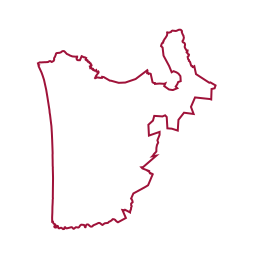 the district of San Marcos, Guerrero, Mexico, rotated 77°
{"feature_id": "50627088B28272611145429", "entity_name": "San Marcos", "entity_type": "district", "adm_level": 2, "iso_a3": "MEX", "parent_name": "Mexico", "parent_adm1": "Guerrero", "projection": "mercator", "projection_center": [-99.468, 16.852], "detail": "fine", "context": "isolated", "style": "outline", "palette": "rose", "viewbox_px": 256, "rotation_deg": 77, "n_neighbors": 0, "source": "geoboundaries", "source_scale": "gbopen_adm2", "svg_char_len": 5591}
<svg xmlns="http://www.w3.org/2000/svg" viewBox="0 0 256 256"><g transform="rotate(77 128 128)"><path d="M65.8,52.5L65.7,53.3L65.4,53.6L63.2,54.3L62.4,54.5L61.6,54.5L59.8,53.7L59.0,53.6L58.2,53.8L57.9,53.9L57.6,54.1L57.0,55.0L56.3,55.4L56.0,55.4L55.5,55.3L54.5,54.2L52.7,53.3L52.2,53.2L51.4,53.3L50.4,53.2L49.5,53.6L46.9,54.0L46.4,54.0L46.1,53.7L45.4,53.7L44.6,54.2L44.2,54.5L44.0,55.0L43.7,56.1L43.8,57.0L44.2,58.7L44.2,59.7L43.1,62.8L43.3,63.7L44.1,64.5L44.3,66.3L44.1,67.4L43.7,67.9L43.7,68.4L44.8,68.5L45.4,68.7L46.7,69.3L47.8,70.4L49.1,71.7L49.3,72.1L50.4,73.1L51.0,73.8L51.3,73.9L51.6,73.9L51.8,74.3L52.1,74.5L52.8,74.6L53.0,75.7L53.2,75.9L54.3,76.7L54.7,76.8L55.2,77.2L55.6,77.4L57.4,76.2L65.5,77.1L76.8,74.0L83.5,72.9L82.9,70.8L84.7,68.2L86.4,66.6L89.2,65.3L90.7,65.5L94.2,66.1L94.5,68.8L96.4,70.1L98.4,72.2L100.3,71.0L101.1,75.6L101.0,76.1L99.7,79.4L95.3,83.3L92.9,81.6L93.1,82.8L91.8,87.2L91.1,91.8L90.2,91.7L90.0,92.7L89.0,93.8L80.4,93.7L79.8,94.5L79.7,94.9L80.0,95.8L79.7,96.0L79.3,95.8L78.9,96.0L79.0,96.7L78.9,97.0L77.4,96.6L76.9,96.2L76.3,96.1L76.0,96.2L76.2,96.6L76.4,97.0L82.0,109.6L83.1,120.4L81.9,126.9L78.0,134.1L77.8,135.0L73.0,140.1L72.3,141.7L73.3,142.1L73.0,143.5L71.4,147.6L72.1,148.1L72.1,148.4L72.1,148.8L71.9,148.9L71.5,148.4L70.3,147.7L68.4,145.5L67.8,144.6L67.3,144.2L67.1,144.2L66.9,144.1L66.4,144.1L66.2,144.2L66.3,144.4L66.7,144.4L66.7,144.7L66.6,144.8L66.3,144.8L66.2,145.5L66.1,145.9L65.9,146.1L65.4,146.0L65.1,146.4L64.9,146.0L64.5,146.0L64.7,146.5L64.6,147.7L64.1,147.9L63.8,148.4L63.8,148.8L63.7,148.9L63.4,148.9L63.2,149.0L62.9,148.6L62.6,148.7L62.6,148.8L62.8,149.0L62.7,149.5L62.0,150.1L61.8,150.1L61.4,150.0L61.1,150.1L61.0,150.3L61.2,150.7L61.2,151.3L60.9,151.3L60.7,151.1L59.4,151.3L59.3,150.8L59.1,150.5L59.2,150.0L59.1,149.7L58.7,149.4L58.5,149.6L58.5,149.8L58.4,149.9L57.8,149.8L57.3,149.9L56.8,149.8L56.6,149.9L56.4,150.1L56.4,150.4L56.3,150.7L56.1,150.8L55.8,150.8L55.5,151.1L55.3,151.2L55.2,151.2L54.9,151.0L54.3,151.5L54.3,152.2L53.7,152.3L53.2,152.8L53.0,152.3L52.8,152.3L52.3,152.9L52.2,153.5L51.9,153.9L51.6,153.9L51.5,153.7L51.7,153.4L51.1,153.5L50.4,153.0L49.3,154.3L49.2,155.1L48.8,155.7L48.1,156.2L47.6,157.0L51.1,159.6L50.6,161.7L50.2,162.2L49.4,162.5L48.7,162.5L47.8,161.7L47.0,161.5L46.6,163.4L45.8,165.9L45.6,166.3L44.2,168.4L43.3,169.3L42.5,170.4L42.0,171.0L39.7,172.3L39.1,172.7L38.7,173.1L38.5,173.7L38.4,174.5L38.6,175.3L39.0,176.0L39.2,176.5L39.3,177.7L39.3,178.1L39.1,179.2L39.1,179.5L39.0,180.1L39.0,180.9L39.4,181.4L39.8,181.7L40.0,181.7L40.5,182.0L41.8,182.9L42.3,183.2L42.8,183.9L43.3,184.2L44.0,184.5L44.9,184.6L45.9,185.4L46.5,187.4L46.4,187.7L45.7,188.2L45.4,188.6L45.2,189.3L45.3,189.9L45.7,191.0L45.6,192.1L44.9,195.7L44.6,197.7L44.2,199.2L44.7,201.2L45.9,201.1L46.2,201.0L46.6,200.6L46.9,201.1L47.2,201.2L48.2,201.1L54.4,199.8L57.6,199.4L62.1,199.0L72.3,199.1L80.3,199.6L92.7,200.5L95.6,200.9L97.7,201.0L105.1,201.8L109.0,202.2L115.6,203.3L122.7,204.6L135.6,207.1L137.3,207.6L142.6,208.7L148.0,209.9L149.6,210.1L150.2,210.3L159.9,212.3L178.8,216.9L179.4,216.9L180.7,217.4L183.8,218.2L187.6,219.3L193.6,220.8L197.9,222.0L202.0,222.9L201.9,222.5L202.2,222.2L203.9,222.2L204.5,221.9L205.4,220.8L205.9,220.5L206.5,220.6L206.9,221.5L207.2,221.9L207.5,222.0L208.1,221.9L208.4,221.6L208.7,221.0L208.8,220.6L208.5,220.2L207.7,219.5L207.5,219.0L207.6,218.6L207.9,218.4L208.5,218.3L209.4,218.4L209.7,218.3L210.0,218.2L210.3,217.4L210.1,215.9L210.3,215.3L211.9,214.0L212.0,213.2L211.9,212.8L211.7,212.6L210.7,212.3L210.6,212.2L210.5,211.9L210.5,211.6L211.8,210.7L212.0,210.2L212.0,207.9L211.9,205.9L212.0,205.2L212.4,204.7L213.7,204.0L213.9,203.8L214.0,203.5L213.9,203.1L213.3,201.9L213.0,201.3L213.1,200.6L213.8,198.9L213.6,198.0L212.2,196.5L211.7,195.3L212.2,193.7L212.6,192.7L213.0,192.5L213.5,192.4L214.9,192.2L215.1,192.0L215.1,191.7L213.5,190.9L213.1,190.5L212.8,189.8L212.9,189.0L213.0,188.7L213.5,188.2L215.0,187.2L215.5,186.7L215.7,186.4L215.9,185.6L215.8,184.8L215.0,183.7L214.5,180.7L213.9,178.2L214.0,177.4L214.3,176.8L214.8,176.4L216.4,175.1L216.7,174.6L216.4,173.9L216.0,173.1L215.6,171.9L215.9,169.5L215.9,168.9L215.7,168.5L215.1,167.7L214.9,166.5L214.3,164.7L213.9,164.2L213.5,163.6L213.4,163.4L213.7,162.4L214.0,161.9L214.7,161.1L215.7,160.7L216.3,160.2L217.1,159.6L217.6,159.0L215.2,150.3L206.6,151.9L207.4,149.8L207.0,149.3L210.7,145.0L209.6,144.7L209.3,144.3L209.2,144.2L208.7,144.2L208.3,143.7L207.5,143.2L206.2,142.9L205.7,142.4L205.0,142.0L204.6,142.0L204.1,142.3L202.6,142.0L202.3,141.9L201.9,141.2L201.4,140.2L200.8,140.1L200.6,140.2L199.6,140.1L198.5,140.5L198.4,140.4L197.7,140.5L197.4,140.8L193.0,137.5L189.3,124.3L188.3,121.3L178.6,114.3L177.7,115.2L177.6,116.1L177.2,116.7L176.9,116.8L176.8,116.6L176.6,116.5L176.0,117.1L175.0,117.2L174.8,117.6L174.5,118.0L174.3,117.6L170.7,123.0L169.3,123.8L169.5,122.1L161.3,106.6L161.0,110.6L160.2,109.3L159.8,109.2L159.4,108.8L159.1,108.3L157.3,105.7L153.8,104.8L151.1,103.6L149.0,101.9L146.6,102.1L141.8,98.8L138.9,98.1L140.1,109.3L129.4,107.4L126.4,102.0L122.1,99.7L124.1,93.0L124.5,91.9L124.0,89.0L126.0,87.8L137.2,89.7L138.5,85.5L141.7,80.1L131.4,77.0L125.7,70.0L129.1,60.9L121.6,61.9L113.3,55.8L118.2,41.7L118.9,40.5L108.8,37.8L108.8,34.7L106.2,33.1L102.1,37.5L102.2,38.6L90.8,49.6L82.8,49.5L83.4,50.8L83.3,51.1L83.2,51.3L82.2,51.3L82.0,51.5L81.8,52.1L81.5,52.4L79.6,52.6L78.6,52.6L77.2,52.8L76.3,53.6L75.4,53.3L74.5,53.9L72.1,53.9L71.9,53.7L71.5,52.8L70.4,52.1L70.0,52.2L69.8,52.7L69.6,52.8L69.0,53.0L68.4,53.1L68.1,53.5L67.5,53.9L67.0,53.6L66.8,53.3L66.7,52.9L66.5,52.7L66.1,52.5L65.8,52.5Z" fill="none" stroke="#9f1239" stroke-width="2"/></g></svg>